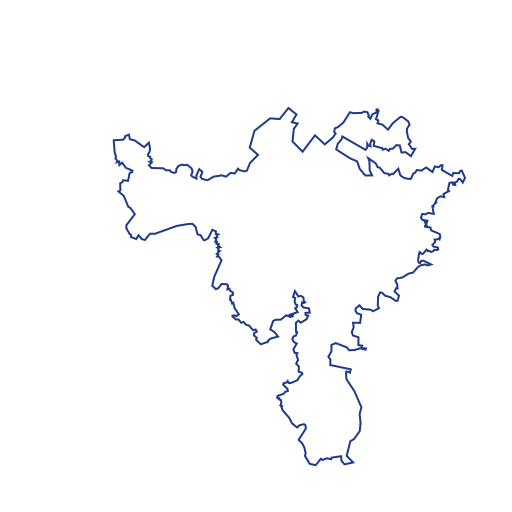 outline of Teloloapan, Guerrero, Mexico, rotated 199°
{"feature_id": "50627088B66496365235965", "entity_name": "Teloloapan", "entity_type": "district", "adm_level": 2, "iso_a3": "MEX", "parent_name": "Mexico", "parent_adm1": "Guerrero", "projection": "robinson", "projection_center": [-99.906, 18.387], "detail": "fine", "context": "isolated", "style": "outline", "palette": "blue", "viewbox_px": 512, "rotation_deg": 199, "n_neighbors": 0, "source": "geoboundaries", "source_scale": "gbopen_adm2", "svg_char_len": 6098}
<svg xmlns="http://www.w3.org/2000/svg" viewBox="0 0 512 512"><g transform="rotate(199 256 256)"><path d="M108.6,90.3L104.5,87.8L97.0,92.4L105.2,96.6L106.5,111.5L103.7,114.9L100.9,124.3L102.9,132.5L106.6,140.4L107.1,147.3L118.8,160.1L130.4,169.0L133.0,175.0L132.7,176.4L129.2,176.2L129.5,179.7L150.3,177.1L151.9,182.2L154.8,184.4L153.6,190.3L155.7,196.5L152.3,199.6L140.4,199.2L137.3,197.2L132.2,199.2L127.3,202.7L121.9,203.1L121.9,204.4L126.5,203.2L126.4,205.8L130.1,205.0L132.7,212.5L138.4,212.4L140.7,215.2L140.4,220.3L142.5,224.5L135.8,226.7L137.4,234.7L142.0,234.8L144.1,236.6L144.7,238.9L142.1,243.1L137.9,240.7L129.8,242.6L127.4,241.8L122.8,246.6L124.7,248.7L127.3,257.3L126.8,262.1L124.5,262.2L121.1,260.5L115.4,260.8L109.4,259.1L107.6,259.7L107.9,265.1L113.5,267.6L113.0,271.3L111.6,271.4L113.3,275.3L116.1,277.9L115.4,280.7L110.8,283.2L105.9,289.1L102.1,291.4L99.2,298.5L97.1,301.0L93.4,303.0L90.6,303.0L87.7,305.0L96.2,306.1L98.1,305.2L98.5,302.8L99.6,302.6L101.2,304.2L102.6,311.1L102.4,313.1L99.9,311.8L98.8,312.5L96.8,317.6L95.2,316.5L94.3,317.3L92.1,316.7L90.1,318.1L89.4,320.0L86.6,320.6L85.9,321.7L86.8,323.2L91.2,322.7L92.8,323.8L91.2,327.7L92.5,329.7L89.6,330.9L88.7,332.6L87.9,331.9L88.0,334.5L89.5,336.6L98.8,337.3L100.3,339.7L105.7,338.8L105.9,339.7L104.1,340.0L107.1,342.9L105.4,343.1L105.4,345.1L110.4,344.4L112.5,345.9L112.5,349.9L109.3,350.6L107.3,352.8L101.6,353.7L105.4,360.3L104.5,360.6L105.1,361.2L103.1,365.1L103.8,365.1L103.6,369.5L101.0,372.5L97.2,373.0L98.9,375.7L94.6,380.3L96.1,381.1L96.9,388.2L94.1,389.7L92.8,387.6L90.7,388.0L92.0,390.1L90.0,392.0L89.7,394.9L87.7,395.0L84.4,392.8L83.8,397.9L89.3,403.8L90.6,403.0L90.9,400.4L96.5,398.6L96.5,395.6L108.3,397.9L109.2,402.5L110.5,402.2L112.2,399.5L116.1,398.8L116.5,392.9L123.9,395.1L127.4,390.6L132.0,389.6L132.6,386.6L134.1,385.3L134.7,379.3L137.6,378.5L141.3,378.0L145.7,379.2L149.9,384.9L153.0,378.0L154.1,378.1L156.4,375.6L157.5,376.8L161.6,376.1L167.6,379.7L170.0,379.7L173.0,382.6L181.8,385.1L179.5,382.3L176.4,374.0L172.5,370.0L178.9,367.7L186.2,372.1L191.2,378.4L199.0,379.0L214.9,382.9L215.2,388.8L213.1,394.0L213.3,397.1L187.0,392.0L186.1,394.6L187.3,398.4L185.8,397.0L183.4,397.0L184.6,399.6L184.4,403.6L181.4,402.8L180.5,398.4L171.6,399.1L170.7,397.8L168.5,399.6L164.7,398.7L164.3,400.8L161.4,402.2L159.4,406.5L156.1,407.4L152.1,401.2L148.3,402.9L142.0,400.8L140.4,409.2L143.3,408.1L147.9,411.5L146.9,414.6L150.6,417.2L153.8,422.5L154.7,425.7L153.5,430.0L155.8,432.8L162.5,435.0L164.7,434.6L170.0,425.8L172.3,418.4L179.4,421.4L184.3,421.0L184.4,424.0L187.1,424.4L187.4,433.3L189.1,434.3L189.8,433.3L188.4,431.5L192.1,427.8L192.6,422.9L195.3,424.4L195.0,425.5L197.5,428.2L200.7,427.8L202.7,425.7L210.6,422.7L214.0,422.5L216.8,410.7L220.5,404.5L223.0,402.4L222.5,398.8L220.6,397.7L221.9,393.0L227.3,383.9L239.5,389.3L245.9,369.8L258.8,376.2L261.6,388.5L259.8,394.8L265.6,394.2L263.8,403.0L273.5,406.5L278.2,393.2L287.5,390.7L298.2,373.9L297.2,356.4L287.0,352.3L291.9,342.1L292.4,333.7L294.1,332.3L299.4,331.8L301.5,332.7L302.9,327.1L307.0,326.4L310.1,321.3L314.6,321.1L322.1,317.1L326.4,311.9L332.1,311.3L334.3,312.9L334.0,318.0L337.9,319.6L338.6,312.8L337.5,309.7L342.4,310.5L343.6,311.2L343.4,315.0L345.3,317.8L350.8,319.9L353.7,318.3L355.6,318.4L358.6,316.0L359.6,312.4L358.9,309.3L360.1,308.0L363.8,307.8L365.1,309.0L368.9,307.8L372.4,308.7L383.4,305.2L386.7,306.9L385.0,310.8L387.1,310.7L386.0,311.7L386.1,313.6L387.8,314.0L388.4,315.4L390.4,315.3L391.3,316.8L390.5,319.8L391.1,322.9L394.2,328.3L397.2,322.5L408.4,325.8L413.2,325.3L415.8,329.4L418.8,326.6L418.4,324.7L419.5,322.7L428.2,319.1L423.5,308.2L420.7,304.3L420.6,302.3L417.8,300.8L418.1,299.4L416.1,300.8L414.8,297.5L412.9,300.7L407.8,297.0L400.6,296.5L400.4,294.8L402.1,294.0L402.4,292.7L401.5,285.4L406.3,284.4L406.5,282.2L408.1,280.5L405.6,273.9L407.1,272.3L400.6,269.8L392.7,260.9L390.3,260.5L384.2,256.1L388.6,242.9L387.5,239.9L382.7,235.7L381.3,235.5L380.5,233.3L374.8,233.0L373.8,237.4L369.4,234.8L366.2,235.0L363.4,242.6L358.8,244.1L340.5,258.8L330.6,264.1L326.7,265.7L322.7,264.0L318.3,257.4L315.3,257.7L310.8,254.0L309.5,254.2L307.0,257.2L305.8,266.6L301.9,266.2L301.3,263.9L298.8,264.1L299.9,262.7L298.7,261.2L300.7,259.7L299.0,258.8L299.1,256.2L297.5,256.7L297.3,254.6L295.2,255.2L295.2,253.3L292.9,252.7L295.2,251.3L293.7,250.6L293.4,248.6L292.1,248.8L293.7,245.2L292.1,245.2L292.6,242.8L291.0,243.3L287.2,240.8L288.7,222.7L287.7,213.7L283.1,211.6L281.0,213.5L279.5,218.3L274.0,219.9L272.6,218.5L272.2,215.2L270.4,216.4L269.7,214.9L266.1,214.0L265.1,211.8L267.2,210.1L266.4,206.2L265.6,206.4L263.1,203.3L262.3,204.4L259.1,199.6L253.2,195.2L254.8,192.9L257.5,192.8L258.8,191.9L258.6,191.1L254.0,189.5L251.9,190.3L248.2,188.0L246.3,189.6L243.2,187.8L240.0,188.0L234.6,184.9L232.5,186.4L230.6,184.8L232.7,182.3L232.0,180.2L228.6,178.9L228.7,176.9L222.7,174.1L216.8,178.7L216.9,180.2L215.3,182.7L208.9,187.0L213.9,190.1L218.7,191.3L218.6,200.2L216.6,202.1L211.8,203.9L208.1,209.8L203.6,209.5L201.6,211.1L201.9,212.2L204.5,210.3L205.2,211.3L198.3,216.5L201.9,219.4L200.6,221.3L201.0,223.0L202.5,223.0L204.7,225.4L205.3,229.0L207.7,229.3L207.8,235.5L202.8,231.5L200.7,232.9L197.7,232.3L196.2,229.0L194.5,228.2L195.6,227.0L197.3,227.1L196.9,224.2L194.5,222.8L188.9,223.7L186.7,220.0L190.7,218.3L189.8,216.4L187.2,216.6L187.7,212.5L192.0,207.5L194.8,208.7L196.5,205.8L193.5,197.4L192.2,197.3L192.4,193.7L194.4,192.1L194.6,189.3L192.4,187.1L188.9,186.4L190.3,180.1L188.0,177.0L185.2,177.6L185.5,175.5L182.4,171.5L183.0,167.3L179.4,165.4L178.0,160.4L174.6,160.6L173.7,159.5L175.5,156.3L176.4,152.1L181.6,147.3L183.8,146.6L185.3,148.1L185.7,146.5L188.4,144.8L188.5,143.2L183.0,140.6L181.9,138.8L184.2,137.0L185.0,134.8L190.1,130.7L189.7,128.7L187.7,129.1L187.6,127.9L185.5,127.9L184.3,125.8L184.3,122.7L182.5,122.6L182.8,121.5L180.5,118.7L172.2,114.0L167.4,109.5L161.4,107.2L159.6,110.3L155.8,112.6L154.1,112.0L152.7,109.1L155.8,96.0L151.6,94.1L147.8,90.5L144.8,85.6L144.6,82.9L137.6,77.0L131.5,77.6L128.7,85.4L126.7,84.8L123.0,87.9L118.9,88.2L118.8,90.0L110.3,94.4L108.6,90.3Z" fill="none" stroke="#1e3a8a" stroke-width="2"/></g></svg>